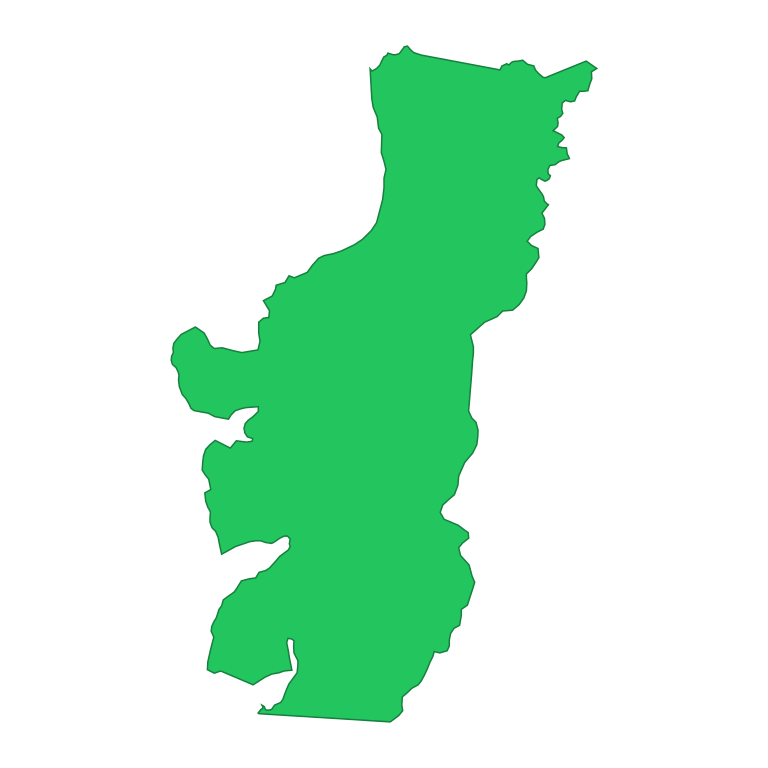 Larut dan Matang, Perak, Malaysia (Albers equal-area conic projection)
{"feature_id": "92858781B7339413338476", "entity_name": "Larut dan Matang", "entity_type": "district", "adm_level": 2, "iso_a3": "MYS", "parent_name": "Malaysia", "parent_adm1": "Perak", "projection": "albers", "projection_center": [100.721, 4.813], "detail": "fine", "context": "isolated", "style": "filled", "palette": "green", "viewbox_px": 768, "rotation_deg": 0, "n_neighbors": 0, "source": "geoboundaries", "source_scale": "gbopen_adm2", "svg_char_len": 4219}
<svg xmlns="http://www.w3.org/2000/svg" viewBox="0 0 768 768"><path d="M390.2,721.9L389.9,721.9L390.4,721.8L398.8,715.5L402.7,710.7L401.8,705.1L402.3,696.9L407.4,692.6L411.8,688.3L418.2,684.8L421.2,681.0L424.3,675.3L427.3,668.9L429.9,662.4L432.9,656.4L434.2,651.6L439.8,652.9L447.1,650.8L449.3,646.0L449.3,640.0L450.6,633.5L454.0,628.3L459.6,625.3L461.3,615.4L461.3,609.4L467.4,605.1L469.5,598.6L473.0,587.8L474.7,582.2L472.1,576.2L469.1,565.0L460.5,555.5L458.7,547.7L462.6,543.0L468.7,538.2L468.2,532.6L463.9,529.6L458.3,525.3L453.1,523.1L444.1,519.3L440.2,512.4L442.8,505.0L449.3,499.0L454.4,494.7L457.9,485.2L458.7,476.1L461.3,470.1L464.8,462.3L472.5,453.3L476.8,444.7L477.7,437.3L478.1,430.4L476.0,422.3L471.7,417.9L468.6,411.0L471.7,373.5L472.5,361.5L473.4,352.9L473.4,346.8L470.4,334.8L484.6,322.2L497.1,316.6L502.7,311.0L512.6,310.2L519.1,304.6L523.8,298.1L526.4,290.8L526.8,283.0L526.4,277.8L526.4,274.0L531.6,268.8L536.3,261.9L538.9,257.6L538.0,248.5L531.5,245.5L527.2,241.2L530.7,236.5L537.1,232.2L543.2,229.1L544.9,224.4L544.5,218.4L541.9,213.2L548.8,204.2L547.9,204.7L544.3,201.1L543.5,196.7L541.8,193.6L539.9,191.1L536.3,185.9L536.9,179.6L539.1,177.9L541.8,179.6L544.9,181.2L547.1,180.4L549.3,178.7L550.4,175.7L548.2,173.8L547.9,169.6L549.8,165.5L555.1,164.7L559.2,161.6L560.9,160.8L569.4,158.6L568.9,157.2L567.2,153.9L566.4,147.8L562.0,147.6L557.6,146.5L558.7,143.2L562.2,140.1L564.2,137.6L561.7,134.9L561.1,134.6L553.1,130.7L557.5,126.6L558.1,123.0L557.3,118.3L560.6,116.4L562.8,113.4L561.7,109.5L562.2,103.2L565.3,100.4L570.5,101.8L574.6,101.0L576.3,96.8L579.6,91.3L583.5,91.3L587.9,90.7L589.7,84.3L591.8,78.7L591.4,71.8L596.8,68.5L586.2,61.1L545.3,77.7L543.0,77.3L538.3,73.2L535.5,70.1L533.8,65.9L527.5,64.3L522.7,60.2L518.3,61.1L513.9,61.4L511.6,62.3L508.8,65.0L506.8,63.7L501.9,66.0L500.0,69.9L421.4,55.1L413.7,52.6L410.1,49.3L407.5,46.1L404.3,46.8L401.5,50.7L399.2,53.7L395.7,54.7L393.0,54.7L387.9,53.1L386.8,55.3L383.8,57.0L381.9,60.6L379.8,65.1L376.6,68.5L372.0,71.1L370.1,68.8L371.8,98.7L373.2,107.4L377.2,116.9L378.6,128.3L381.9,134.4L381.3,152.6L384.0,161.3L386.0,169.4L384.0,178.1L384.0,187.6L382.6,199.7L376.6,222.6L371.2,230.7L362.4,239.4L354.3,244.8L341.5,250.9L333.5,253.6L324.0,255.6L318.6,258.3L312.6,265.0L307.2,272.4L294.4,277.8L289.0,275.8L285.0,282.5L276.2,285.2L275.5,289.3L272.2,296.0L263.4,300.7L269.5,310.8L268.8,317.5L263.4,318.2L258.7,322.2L258.7,333.0L260.0,341.1L258.0,349.9L241.9,352.6L232.4,350.5L222.3,347.8L214.2,348.5L210.2,345.1L207.5,339.1L204.1,333.0L195.4,327.0L181.2,334.4L176.4,339.9L173.8,343.4L172.9,348.5L173.4,352.4L171.6,356.3L171.2,360.2L172.5,364.5L176.0,367.5L178.1,371.8L179.0,375.3L178.5,380.0L179.4,386.9L182.4,394.7L185.9,398.5L188.9,403.7L191.0,408.4L194.0,410.6L208.3,413.2L214.7,416.6L228.5,419.2L231.1,414.9L235.4,410.6L241.9,408.5L246.2,407.6L251.4,407.2L258.3,406.7L258.3,411.5L253.1,416.6L248.4,420.1L245.3,423.5L244.0,428.3L244.9,433.0L247.5,436.9L252.7,438.6L252.2,441.2L246.6,442.1L236.3,440.8L230.3,448.1L215.2,440.4L210.0,444.7L205.7,449.4L203.5,455.9L202.7,462.3L202.2,470.1L205.2,474.8L208.7,479.2L210.8,489.5L204.8,492.9L205.7,501.1L207.8,507.2L210.4,511.9L210.0,517.5L210.0,522.3L212.1,527.9L215.6,531.3L218.2,537.4L219.0,542.1L221.6,554.2L235.8,546.4L243.6,543.8L249.6,541.7L255.7,540.8L260.8,540.8L265.6,542.5L271.6,543.4L274.2,542.1L279.8,538.2L284.1,536.1L287.6,536.1L290.2,539.1L289.3,543.8L290.2,546.4L288.4,549.9L279.8,556.3L274.6,562.4L269.5,568.0L265.6,570.6L259.1,572.3L255.7,577.9L249.2,578.8L241.4,580.9L236.3,589.1L234.1,592.1L229.8,595.1L223.3,599.9L221.6,605.9L219.0,609.4L216.4,617.6L213.8,621.9L211.7,626.6L211.2,631.3L213.8,637.0L210.4,650.3L207.8,662.0L207.4,669.7L214.3,673.2L220.7,671.0L253.1,684.8L265.1,677.1L272.0,674.0L278.9,672.8L284.1,671.0L287.6,670.6L291.9,670.2L289.3,657.2L288.4,651.2L287.6,647.3L286.7,642.6L288.0,638.3L291.9,639.1L294.0,640.8L293.6,646.5L294.0,652.9L297.9,660.7L297.9,665.0L297.1,672.8L288.9,684.0L286.3,690.0L284.5,694.7L282.8,699.5L280.7,702.5L277.6,703.8L274.6,705.1L271.6,709.4L268.9,710.1L266.2,710.1L265.0,708.7L264.6,707.1L263.7,706.2L262.0,705.2L262.9,707.1L262.5,708.7L261.1,709.2L258.1,713.1L259.1,713.7L390.2,721.9Z" fill="#22c55e" stroke="#15803d" stroke-width="1.5"/></svg>